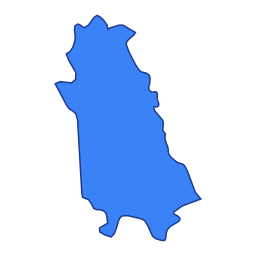 map outline of Novara (orthographic projection)
{"feature_id": "ITA-5438", "entity_name": "Novara", "entity_type": "Province", "adm_level": 1, "iso_a3": "ITA", "parent_name": "Italy", "parent_adm1": "", "projection": "orthographic", "projection_center": [8.59, 45.587], "detail": "fine", "context": "isolated", "style": "filled", "palette": "blue", "viewbox_px": 256, "rotation_deg": 0, "n_neighbors": 0, "source": "natural_earth", "source_scale": "10m", "svg_char_len": 1769}
<svg xmlns="http://www.w3.org/2000/svg" viewBox="0 0 256 256"><path d="M71.6,82.9L75.6,79.4L75.9,72.7L68.6,60.0L66.3,53.8L70.0,51.5L72.6,47.7L74.3,43.1L75.3,37.8L74.5,29.8L74.9,26.0L77.7,24.1L79.6,24.6L83.1,27.2L84.6,27.6L88.3,25.2L94.6,16.9L97.2,15.4L100.2,17.0L103.8,20.4L106.9,24.8L108.0,29.3L109.7,28.0L119.4,25.1L123.1,25.2L135.4,32.5L134.7,33.8L133.9,34.8L128.1,40.0L127.4,41.0L126.7,42.2L126.2,43.4L127.1,47.1L129.2,52.4L135.3,64.3L138.3,69.0L140.7,71.7L146.4,73.2L148.6,74.5L149.4,75.9L150.0,77.9L149.9,81.7L149.6,84.0L148.7,87.2L148.8,88.9L149.4,90.4L151.2,91.9L152.7,92.2L155.6,91.7L156.7,92.2L157.3,93.6L157.2,96.4L157.2,98.6L157.6,100.8L158.6,103.2L158.8,104.9L157.7,106.7L156.4,106.9L155.0,106.8L154.0,106.9L153.8,108.4L154.9,111.0L162.4,119.9L163.0,121.4L163.4,123.3L162.7,130.5L165.4,134.0L164.9,137.9L165.2,139.9L166.0,142.6L167.7,146.8L168.2,149.5L168.5,153.3L169.5,155.2L171.3,157.6L177.3,162.4L182.9,164.3L184.0,165.0L185.7,167.7L187.8,172.1L194.9,191.3L195.7,192.8L200.8,199.0L182.1,206.0L173.7,212.1L173.6,213.5L174.6,214.3L178.1,216.3L179.1,217.1L179.8,218.2L179.9,219.5L179.5,220.6L178.4,221.6L170.6,226.2L168.8,228.0L168.0,229.0L167.2,230.2L166.7,231.6L166.3,233.1L165.7,238.0L165.3,239.3L164.7,240.4L163.1,240.6L160.9,240.3L155.8,238.7L153.7,237.2L152.3,235.7L147.9,225.8L146.5,223.4L145.1,221.2L144.1,220.3L143.0,219.6L140.4,218.6L128.1,215.7L123.6,215.8L122.0,216.1L120.9,216.7L119.6,218.5L118.4,221.3L116.6,227.5L114.5,233.3L111.3,236.9L105.0,235.0L99.8,232.0L99.5,228.0L107.7,223.2L106.7,215.6L105.7,212.8L103.2,210.6L99.4,209.6L96.4,209.7L93.8,208.5L91.3,203.5L88.5,199.6L82.6,197.4L81.8,192.7L77.6,120.1L75.9,113.9L72.7,110.9L69.3,108.9L66.8,105.6L55.2,83.8L60.2,81.6L71.6,82.9Z" fill="#3b82f6" stroke="#1e3a8a" stroke-width="1.5"/></svg>